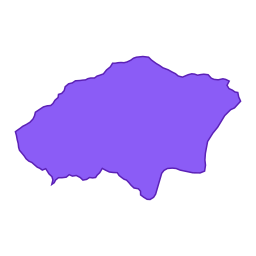 São José do Brejo do Cruz, Paraíba, Brazil
{"feature_id": "56859067B98601062651136", "entity_name": "São José do Brejo do Cruz", "entity_type": "district", "adm_level": 2, "iso_a3": "BRA", "parent_name": "Brazil", "parent_adm1": "Paraíba", "projection": "robinson", "projection_center": [-37.369, -6.238], "detail": "fine", "context": "isolated", "style": "filled", "palette": "violet", "viewbox_px": 256, "rotation_deg": 0, "n_neighbors": 0, "source": "geoboundaries", "source_scale": "gbopen_adm2", "svg_char_len": 1796}
<svg xmlns="http://www.w3.org/2000/svg" viewBox="0 0 256 256"><path d="M240.6,101.2L238.7,97.0L237.8,92.5L235.0,92.0L232.3,90.1L229.0,88.6L227.0,85.3L229.2,81.1L225.7,79.4L222.9,78.8L218.2,79.8L214.1,79.4L211.3,78.2L208.1,74.7L203.8,74.2L200.5,74.6L197.6,75.2L194.6,74.1L191.7,73.8L188.2,74.7L182.5,77.1L178.2,76.0L175.5,73.7L172.1,72.0L168.2,69.8L162.9,67.8L159.6,65.5L156.2,63.5L151.4,60.0L148.6,57.2L142.9,56.5L136.4,57.2L133.5,58.2L130.6,60.3L126.9,62.0L124.0,62.7L121.0,62.5L118.2,62.7L115.3,63.2L112.6,63.2L110.4,66.8L106.5,70.0L103.4,73.9L100.1,75.1L97.0,76.1L94.5,78.0L90.8,78.0L88.0,78.6L85.5,79.9L82.9,80.1L80.0,80.5L75.4,80.8L72.3,82.9L68.6,83.8L65.2,86.7L64.2,90.6L61.7,93.4L58.5,94.4L58.1,97.5L55.0,100.2L52.9,103.6L50.7,105.5L47.2,105.8L43.4,106.9L39.6,109.4L35.4,112.2L34.5,115.9L33.0,119.0L29.9,122.3L25.7,124.8L22.7,126.3L20.3,128.2L17.7,130.0L15.4,131.7L16.4,135.3L17.2,139.6L18.2,143.5L18.6,147.3L19.5,150.3L21.7,152.9L24.1,155.8L26.1,158.8L28.8,161.1L31.9,162.5L34.6,164.9L37.3,167.2L39.8,168.3L42.3,170.1L45.7,168.7L47.4,171.3L49.0,173.9L51.9,176.6L52.9,179.9L51.8,184.4L54.2,182.7L55.6,180.0L58.5,177.7L62.1,177.7L66.2,177.2L69.2,174.7L72.4,176.1L76.3,175.5L80.2,177.5L82.9,180.1L86.6,179.4L89.5,177.5L92.7,177.9L95.6,177.5L97.1,175.2L99.7,172.7L102.3,168.4L105.6,170.2L109.4,172.0L113.2,172.5L117.3,172.7L119.1,175.5L121.5,177.4L124.0,179.2L126.5,180.1L128.8,182.5L131.1,185.3L134.0,188.0L138.4,188.8L140.5,191.2L140.6,194.9L143.8,197.3L147.1,199.3L150.1,199.5L153.6,197.3L155.6,194.2L161.7,173.3L164.0,170.4L167.4,168.5L172.3,168.1L176.2,168.5L180.1,170.1L192.9,172.8L200.2,172.9L204.6,171.1L205.5,165.2L204.9,160.0L205.4,153.2L207.6,141.5L212.8,133.2L217.6,127.3L224.7,115.6L230.6,109.7L234.5,107.9L240.6,101.2Z" fill="#8b5cf6" stroke="#5b21b6" stroke-width="1.5"/></svg>